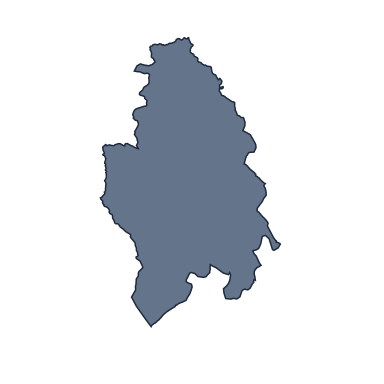 the district of Irumu, Orientale, Democratic Republic of the Congo, rotated 114°
{"feature_id": "63176286B75372177576839", "entity_name": "Irumu", "entity_type": "district", "adm_level": 2, "iso_a3": "COD", "parent_name": "Democratic Republic of the Congo", "parent_adm1": "Orientale", "projection": "albers", "projection_center": [29.863, 1.267], "detail": "fine", "context": "isolated", "style": "filled", "palette": "slate", "viewbox_px": 384, "rotation_deg": 114, "n_neighbors": 0, "source": "geoboundaries", "source_scale": "gbopen_adm2", "svg_char_len": 5889}
<svg xmlns="http://www.w3.org/2000/svg" viewBox="0 0 384 384"><g transform="rotate(114 192 192)"><path d="M267.5,123.9L271.3,121.7L275.6,117.9L274.0,112.8L272.2,110.7L271.6,107.8L270.4,106.8L268.3,105.6L265.7,105.8L263.2,106.1L261.4,106.0L259.4,104.5L258.7,101.2L256.3,99.8L254.1,99.6L251.4,99.5L250.6,99.2L249.3,98.8L248.4,99.5L247.4,99.8L246.9,99.4L246.9,98.2L243.7,100.2L241.7,101.8L239.7,102.6L237.8,102.8L234.5,101.8L233.2,100.6L230.8,99.1L229.9,101.0L224.3,107.4L223.1,110.3L221.0,112.5L218.4,109.4L216.3,108.1L211.6,108.1L207.0,109.1L203.9,109.7L201.8,107.3L203.3,102.6L211.9,95.0L211.9,93.3L210.1,92.1L208.1,90.6L203.7,90.1L203.3,90.9L203.2,93.5L203.7,94.6L203.6,94.8L202.4,95.0L202.0,96.5L200.6,98.8L200.3,99.3L192.7,108.9L191.6,109.6L189.8,109.7L189.6,109.9L189.0,110.4L187.2,113.6L186.8,115.1L186.1,116.1L186.0,117.1L184.7,119.8L183.3,122.7L182.9,124.8L180.4,125.8L176.6,125.0L172.0,123.9L168.9,123.9L164.9,122.9L162.1,124.2L159.0,126.4L157.3,128.7L156.5,129.0L154.5,128.5L154.5,129.9L154.4,130.3L152.8,134.9L151.9,136.1L152.1,137.1L151.3,138.5L151.5,140.0L151.2,140.4L149.9,140.9L149.8,142.0L149.1,142.4L147.4,148.7L145.8,151.8L145.0,154.3L145.0,155.2L145.1,155.8L138.9,156.8L136.3,156.8L135.7,156.4L134.3,156.5L132.8,155.9L132.3,155.4L130.3,151.6L125.6,151.5L123.6,152.6L122.9,153.0L121.5,154.5L115.9,162.1L115.2,170.5L110.0,170.6L106.8,171.9L103.3,175.0L103.2,175.6L104.0,177.2L103.2,179.5L103.5,181.7L101.1,183.9L99.8,185.7L98.3,186.3L96.4,187.9L94.5,188.7L93.1,189.3L92.9,189.9L92.7,190.4L93.2,192.2L91.9,199.6L91.9,199.8L91.5,200.6L91.3,202.6L91.3,202.8L91.7,204.2L89.6,206.3L88.8,208.0L86.4,208.9L86.2,208.3L85.5,206.6L84.7,206.0L83.6,206.0L83.1,206.5L85.3,208.9L84.8,209.5L83.1,210.4L81.1,209.2L78.6,209.8L77.0,212.4L77.1,213.0L78.5,213.2L78.9,213.6L76.6,216.7L75.6,217.8L75.4,218.8L75.7,220.3L74.9,221.8L73.4,223.2L70.3,225.1L70.0,226.4L70.0,226.6L70.9,229.2L70.6,231.4L70.7,231.6L71.2,232.7L70.9,234.9L70.2,236.2L70.4,239.4L70.4,239.6L69.9,240.2L68.5,240.5L67.4,241.2L67.1,242.4L67.0,243.9L66.9,245.4L65.6,246.4L65.4,248.4L65.2,249.9L64.9,250.4L62.5,251.5L59.9,251.6L57.9,250.7L57.4,250.8L57.1,251.2L56.8,253.5L54.2,256.5L53.9,256.9L53.3,257.1L52.4,257.9L52.6,258.3L54.0,258.8L54.5,259.9L54.1,261.3L54.3,261.9L56.4,262.6L57.3,263.2L57.6,264.1L57.1,265.6L57.5,267.1L59.1,268.3L60.9,268.3L62.4,269.2L63.8,270.5L64.4,271.4L65.7,273.5L67.1,274.0L67.7,275.3L69.1,276.4L69.4,276.9L69.0,278.1L69.9,279.0L69.4,280.3L69.8,282.0L71.5,283.2L72.2,286.1L73.4,287.5L75.1,288.0L75.6,289.0L76.9,289.4L77.9,288.3L79.2,288.2L80.1,286.6L82.2,285.1L84.8,284.3L84.9,284.2L85.4,283.6L85.9,281.4L86.9,280.4L87.6,279.0L88.3,278.7L92.0,280.3L93.2,281.9L94.2,282.6L95.4,287.1L96.0,291.3L99.2,293.6L101.7,293.7L105.0,293.9L104.3,290.9L104.1,290.2L103.4,288.7L103.4,286.0L103.2,283.5L101.8,281.5L101.6,279.9L102.1,278.5L103.3,278.2L105.2,278.0L107.3,276.7L109.9,275.6L111.4,275.8L112.7,276.4L115.5,278.3L116.6,278.6L118.5,278.5L120.2,279.1L121.5,279.9L122.5,280.1L123.5,280.1L124.4,279.5L124.5,278.0L124.1,275.9L124.3,274.1L125.8,273.2L126.3,271.2L127.2,270.0L128.9,269.9L131.1,268.6L132.1,268.9L133.2,270.7L137.4,275.4L139.0,277.0L140.8,277.8L142.9,277.9L145.5,277.6L147.3,275.7L148.5,275.6L149.5,272.9L149.1,270.9L150.3,269.8L150.9,269.1L151.8,268.5L153.2,268.3L157.0,268.5L158.3,268.7L160.0,268.9L160.7,268.2L162.8,268.0L163.9,266.4L164.7,265.0L165.7,263.7L166.7,263.4L167.6,262.4L169.2,261.4L170.4,261.6L172.1,261.7L172.8,260.6L174.2,258.7L174.5,259.5L174.5,263.7L174.2,264.8L174.4,267.3L174.0,270.8L175.0,272.4L175.7,272.6L177.2,272.2L177.5,272.7L177.1,277.3L177.9,279.2L178.7,279.8L179.9,281.4L181.4,282.2L182.2,284.2L182.4,286.4L184.3,288.6L183.9,289.2L183.9,290.4L184.7,290.5L186.8,291.7L187.5,291.8L190.2,290.0L192.0,287.9L193.0,288.0L193.9,288.7L194.6,288.1L194.3,286.7L194.7,286.3L196.2,284.7L197.4,284.1L200.4,283.7L200.9,283.6L201.3,283.4L201.2,282.6L201.9,282.1L203.5,281.9L203.8,281.2L204.0,281.0L204.3,280.9L205.4,280.1L205.6,280.0L206.1,280.0L207.1,280.1L207.7,278.9L208.0,278.4L209.1,278.6L209.5,278.6L209.7,278.3L210.5,277.4L211.5,277.2L213.2,276.3L214.6,276.1L217.3,276.4L218.2,275.0L219.2,274.1L224.3,272.3L226.0,271.6L226.4,271.6L227.3,271.5L227.6,271.8L227.8,272.0L228.6,271.1L229.1,271.1L229.6,271.2L229.9,271.2L231.3,271.8L231.6,271.9L232.9,272.0L233.5,272.5L234.6,273.3L235.5,272.5L236.6,269.8L238.1,269.4L238.8,268.9L239.3,267.5L240.3,266.9L240.7,266.0L240.4,264.1L240.6,262.8L241.7,260.6L242.8,259.7L244.0,259.6L244.5,259.2L245.1,258.1L245.2,255.7L245.8,255.1L247.9,254.0L248.7,253.3L249.4,252.0L251.6,250.0L252.0,248.9L251.2,246.7L251.9,245.1L252.3,244.7L253.1,243.3L253.9,239.8L254.5,238.2L255.2,236.4L255.2,236.1L255.7,231.7L256.1,230.7L256.5,230.4L257.6,230.3L258.6,229.4L261.5,223.4L264.4,221.7L265.6,220.1L267.9,219.1L269.1,217.4L269.6,217.1L270.7,216.5L271.9,215.4L272.7,215.5L274.0,216.6L274.6,216.5L275.4,215.7L276.2,211.4L280.2,206.8L281.1,206.2L286.7,208.2L288.0,208.0L288.7,207.7L289.9,207.2L290.7,206.8L292.2,207.2L293.0,207.4L294.2,207.5L298.8,205.7L301.4,205.2L303.6,204.0L304.5,203.7L310.7,204.3L312.6,204.5L318.9,196.4L322.9,189.7L327.0,182.8L331.6,174.6L330.4,174.6L327.6,173.2L326.5,172.2L323.5,171.0L322.4,170.3L319.7,169.4L318.1,168.9L315.6,168.2L313.6,167.2L311.8,166.4L309.9,165.1L308.8,164.5L307.8,163.7L306.6,163.0L305.7,162.5L305.0,161.8L303.6,160.9L302.1,161.0L301.7,160.1L299.6,159.0L297.7,157.3L296.3,155.7L294.7,154.6L293.6,153.4L289.7,153.2L285.6,152.6L284.3,152.7L282.3,152.8L278.6,153.3L276.4,155.0L276.6,158.6L276.4,160.7L274.6,161.5L269.7,161.2L267.2,161.2L265.9,160.0L265.3,156.4L266.8,152.1L265.3,146.8L263.7,144.7L262.7,144.5L261.4,144.2L260.1,143.6L258.5,143.0L256.8,143.7L255.1,143.9L253.3,145.0L250.9,145.7L251.3,143.3L251.3,141.4L251.4,139.0L253.3,130.6L252.7,125.2L251.1,124.8L250.5,124.8L252.3,122.8L253.9,122.5L257.1,121.6L260.9,121.5L264.1,122.3L267.5,123.9Z" fill="#64748b" stroke="#1e293b" stroke-width="1.5"/></g></svg>